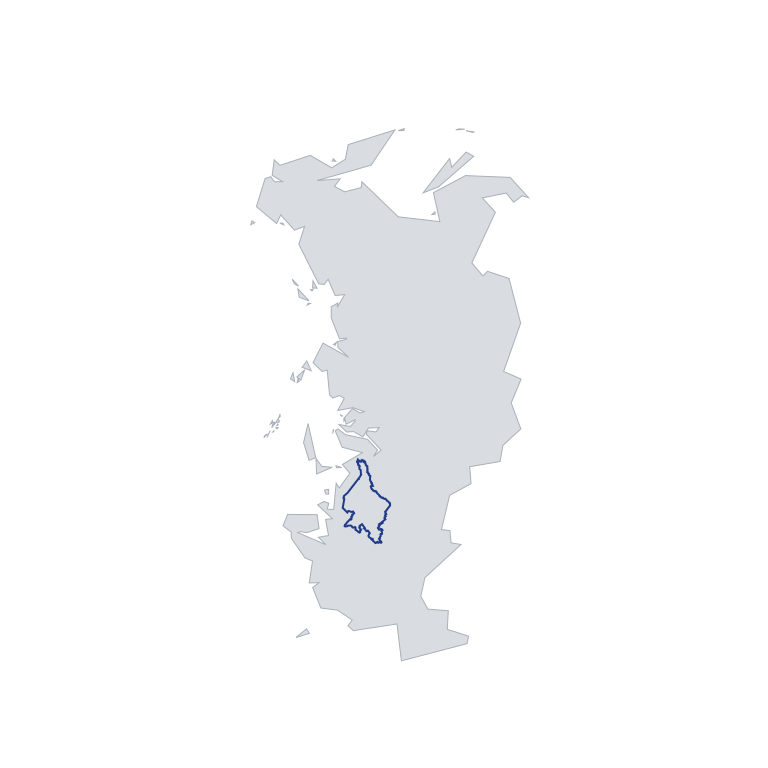 Komi highlighted on a map of Russia, rotated 307°
{"feature_id": "RUS-2383", "entity_name": "Komi", "entity_type": "Republic", "adm_level": 1, "iso_a3": "RUS", "parent_name": "Russia", "parent_adm1": "", "projection": "albers", "projection_center": [57.661, 63.82], "detail": "fine", "context": "in_parent", "style": "outline", "palette": "blue", "viewbox_px": 768, "rotation_deg": 307, "n_neighbors": 0, "source": "natural_earth", "source_scale": "10m", "svg_char_len": 9216}
<svg xmlns="http://www.w3.org/2000/svg" viewBox="0 0 768 768"><g transform="rotate(307 384 384)"><path d="M624.9,360.4L619.8,387.3L617.5,381.1L607.2,378.1L610.0,366.6L591.8,350.5L588.2,369.6L533.6,381.3L529.8,397.8L536.3,398.9L543.5,420.4L514.8,456.5L466.0,472.0L470.4,490.5L445.4,497.0L430.5,520.3L406.5,515.9L392.0,523.3L369.5,502.2L356.8,513.5L334.7,503.4L302.3,517.5L306.6,524.8L297.5,533.2L302.2,542.1L254.1,533.2L236.7,541.0L230.6,554.5L241.6,571.8L226.1,582.2L233.5,603.2L226.7,606.6L173.4,564.5L200.2,538.8L168.6,508.0L169.2,500.8L176.4,500.6L175.4,482.8L167.1,468.4L178.5,449.5L186.2,451.7L180.1,444.0L199.7,433.4L197.5,425.7L205.0,403.0L209.9,398.9L209.9,388.7L221.8,385.5L239.4,409.2L229.4,419.2L218.7,411.7L215.9,406.3L213.4,404.6L220.7,434.2L222.2,423.9L229.6,430.9L240.7,418.8L245.4,423.8L247.5,403.8L254.1,406.7L255.5,411.7L249.8,414.0L253.5,419.3L276.0,405.5L274.1,410.8L292.1,410.5L294.8,399.2L316.3,408.1L308.3,388.7L317.2,373.3L320.4,374.2L320.3,383.6L329.9,404.2L327.3,418.6L319.8,419.3L329.5,421.4L333.2,400.3L336.4,398.5L340.9,406.5L346.1,406.3L339.6,398.1L329.0,398.9L327.8,388.5L323.2,383.1L324.5,372.3L329.8,382.7L336.6,383.2L338.1,382.5L329.1,377.9L333.5,372.7L345.4,373.6L346.4,382.2L350.0,384.8L346.4,373.4L335.0,363.0L348.6,360.9L348.1,355.4L342.0,351.5L342.6,347.0L360.9,330.3L356.8,327.2L358.3,314.5L379.9,310.7L384.0,339.6L385.5,325.3L390.0,321.4L396.2,326.4L397.4,326.9L398.1,326.4L393.3,321.3L405.1,302.0L413.9,295.4L420.9,298.4L417.2,300.5L431.7,298.8L425.3,291.7L434.1,276.3L427.6,276.4L424.7,271.6L444.4,231.8L462.1,225.7L453.0,219.9L456.9,199.7L447.5,201.7L448.9,175.3L476.6,165.4L481.4,168.8L479.6,174.8L484.5,181.2L483.4,169.1L497.0,161.4L496.0,169.3L522.2,187.5L525.2,212.1L540.3,217.9L553.6,211.3L593.5,239.8L551.0,242.0L506.2,208.1L521.5,225.6L512.0,225.5L513.8,236.9L527.2,247.6L532.2,244.6L526.1,294.8L547.3,330.9L566.6,308.3L599.5,323.7L624.9,360.4ZM306.7,347.2L284.1,373.8L278.0,370.1L288.7,355.1L306.7,347.2ZM560.2,300.2L603.6,300.7L597.9,307.7L618.6,310.0L619.9,318.6L574.2,308.9L560.2,300.2ZM271.6,384.3L283.7,374.5L280.8,383.8L286.3,392.8L271.6,384.3ZM405.3,274.1L402.2,264.1L408.2,257.9L405.3,274.1ZM337.2,310.2L347.7,312.1L337.0,315.2L337.2,310.2ZM331.9,306.2L338.2,304.6L332.1,311.3L331.9,306.2ZM348.1,308.5L355.9,308.5L350.8,317.9L348.1,308.5ZM410.8,256.8L410.0,252.1L412.5,247.7L410.8,256.8ZM128.6,466.3L141.9,469.5L139.9,474.4L128.6,466.3ZM274.4,321.9L278.2,321.2L270.8,322.8L274.4,321.9ZM417.9,269.1L423.6,265.2L420.2,272.9L417.9,269.1ZM266.6,403.2L262.6,406.0L261.2,403.6L263.5,400.4L266.6,403.2ZM281.5,320.6L284.8,319.5L286.4,320.8L281.5,320.6ZM292.5,320.4L291.2,323.2L288.6,322.3L289.2,320.5L292.5,320.4ZM295.8,320.6L293.0,320.4L296.9,319.3L295.8,320.6ZM289.9,394.8L291.8,400.4L288.5,396.3L289.9,394.8ZM336.5,312.2L335.2,314.8L332.8,313.8L336.5,312.2ZM283.5,317.4L287.6,316.8L286.1,318.6L283.5,317.4ZM434.8,180.3L435.1,183.7L431.0,181.7L434.8,180.3ZM271.5,319.8L274.0,321.0L268.8,320.3L271.5,319.8ZM317.0,371.4L313.5,372.8L317.0,371.0L317.0,371.4ZM385.2,319.9L388.6,320.9L385.5,321.7L385.2,319.9ZM449.8,204.0L451.7,206.5L450.7,208.2L449.8,204.0ZM287.4,324.0L285.5,323.0L288.6,323.8L287.4,324.0ZM286.9,318.7L288.1,320.6L285.8,319.4L286.9,318.7ZM630.1,288.4L632.8,290.3L636.2,295.2L630.1,288.4ZM284.1,323.8L285.4,325.6L283.6,325.4L284.1,323.8ZM333.0,372.2L330.8,374.5L330.1,374.4L333.0,372.2ZM533.4,208.0L532.8,211.4L530.9,208.4L533.4,208.0ZM415.0,268.6L417.2,270.4L415.1,270.5L415.0,268.6ZM548.2,320.3L552.1,321.0L550.6,322.7L548.2,320.3ZM594.9,242.9L600.2,246.5L598.5,247.4L594.9,242.9ZM281.0,324.2L279.2,324.6L278.6,324.0L281.0,324.2ZM333.3,367.4L333.5,370.0L332.7,369.4L333.3,367.4ZM402.9,274.9L403.9,276.7L400.9,275.1L402.9,274.9ZM638.5,303.8L635.6,296.9L639.4,304.1L638.5,303.8Z" fill="#d9dde1" stroke="#a8b0b8" stroke-width="1"/><path d="M292.8,458.2L292.7,458.5L292.5,458.9L292.3,459.4L292.3,459.7L292.5,460.0L292.4,460.6L291.7,461.0L291.2,461.6L290.8,461.6L290.6,461.9L290.1,462.0L284.7,461.9L284.3,462.1L282.9,461.8L282.8,462.0L282.6,462.0L282.4,462.5L282.1,462.5L281.8,462.6L281.6,463.2L281.6,463.6L281.4,464.2L279.8,463.8L279.4,464.8L279.3,465.0L277.8,464.7L277.4,465.5L277.0,465.5L276.9,465.5L276.7,466.5L272.5,465.5L272.3,466.5L270.7,466.0L270.6,465.9L270.8,465.1L269.1,464.4L268.7,465.5L267.4,465.2L267.3,465.3L267.0,466.1L265.4,465.7L265.3,465.8L265.1,466.5L264.7,467.8L266.0,468.3L266.0,468.7L266.0,468.8L266.4,469.0L266.6,469.2L266.7,469.6L266.4,470.6L265.6,470.0L265.3,470.1L265.0,470.5L264.7,470.9L264.5,471.4L263.3,472.6L263.0,472.6L262.9,472.5L262.7,472.0L262.6,471.9L262.1,471.6L261.8,471.6L260.6,472.9L260.0,472.8L259.4,472.9L259.0,472.9L258.6,473.1L258.4,473.5L257.4,473.2L257.3,473.4L257.6,473.8L256.8,474.1L256.5,475.1L256.6,475.4L256.4,476.0L256.5,476.2L256.2,477.2L256.1,477.3L255.8,477.3L255.4,477.2L255.2,476.9L255.4,476.0L255.4,475.8L254.8,475.6L254.7,475.5L254.6,475.2L254.3,475.1L254.0,474.8L253.8,475.0L253.6,474.9L253.9,473.7L252.0,473.1L251.8,472.9L251.9,472.2L252.1,471.1L252.1,469.9L252.2,469.4L252.3,469.2L253.1,468.7L253.4,468.3L253.2,467.9L253.1,468.0L252.7,467.8L252.8,467.7L253.0,467.6L252.7,467.3L252.7,467.0L252.6,466.9L252.9,466.6L252.9,466.4L252.7,464.4L253.0,463.5L253.2,463.1L253.3,463.0L254.7,462.5L254.8,462.6L255.5,462.4L255.8,462.4L256.2,462.5L256.3,462.4L256.9,460.5L257.2,459.5L257.1,459.2L256.0,458.8L255.9,458.5L256.8,455.6L257.1,455.5L257.0,455.3L257.4,455.4L258.8,450.8L256.4,450.0L255.9,450.0L255.7,450.6L255.5,450.8L254.6,450.5L254.4,450.6L253.8,452.4L253.9,452.7L254.0,452.9L254.0,453.3L253.9,453.5L252.0,453.2L251.6,453.3L251.5,453.9L251.4,454.1L250.7,454.0L250.7,453.7L250.8,453.2L250.3,452.7L250.6,450.9L250.6,450.6L250.5,450.0L250.4,449.0L250.4,448.9L250.8,448.7L251.7,448.2L252.1,447.8L252.3,447.2L252.3,446.9L251.8,446.8L251.5,446.4L250.9,446.0L250.8,445.9L250.8,445.6L250.5,445.2L250.7,444.7L250.7,444.4L251.0,443.8L251.1,443.6L251.0,443.0L250.6,442.1L249.6,440.9L248.6,440.2L248.1,440.1L247.9,440.0L247.6,439.6L247.1,439.0L246.7,438.3L246.7,438.2L246.8,438.0L248.1,437.6L248.4,437.6L249.7,438.0L250.7,437.7L255.5,438.3L255.5,438.8L255.7,439.2L256.3,439.4L256.5,439.2L256.8,438.5L257.8,438.7L258.3,437.8L258.4,437.7L259.9,438.1L260.1,437.9L260.4,437.3L260.5,437.2L262.8,438.0L262.9,437.9L263.5,436.0L262.6,435.5L262.3,435.1L261.3,432.1L261.2,432.0L261.1,431.9L259.3,432.1L259.3,431.9L260.2,425.6L268.2,421.5L268.3,421.4L268.2,421.1L268.3,420.8L268.3,420.5L268.4,420.4L268.5,420.3L268.8,420.4L269.0,420.4L269.4,419.9L269.6,419.9L269.9,419.8L270.0,419.6L270.3,419.4L270.6,419.4L275.0,420.4L293.0,420.6L292.9,420.8L293.0,421.0L293.5,420.7L297.4,420.4L297.6,420.2L298.1,420.2L298.3,419.8L298.6,419.4L301.3,417.2L301.3,416.8L301.3,415.8L301.3,415.6L301.8,415.2L302.4,414.6L302.5,414.4L302.8,414.2L303.5,414.2L303.5,413.9L303.9,413.6L304.1,413.4L304.1,413.1L304.0,412.9L304.0,412.7L303.8,412.4L303.7,412.3L303.7,412.2L304.2,411.8L304.3,411.7L305.0,411.2L305.0,410.9L305.2,410.7L305.5,410.7L305.4,410.3L305.4,410.1L305.3,409.8L305.5,409.5L305.9,409.1L306.4,409.1L306.7,409.1L307.9,408.7L307.8,409.0L307.8,409.4L307.7,409.7L307.7,409.9L307.6,410.0L307.7,410.9L307.8,411.3L307.8,411.9L308.0,412.0L308.3,412.5L308.6,412.3L309.2,412.3L309.6,412.0L309.8,412.2L310.1,412.2L310.1,412.4L310.1,412.6L310.0,413.2L310.2,413.3L310.4,413.4L310.6,413.6L310.7,413.9L310.5,414.2L310.4,414.3L310.1,414.1L309.7,414.3L309.6,414.5L309.8,414.7L309.6,414.9L309.6,415.0L309.8,415.1L310.3,414.8L310.5,415.2L310.6,415.4L310.6,415.5L310.4,416.0L310.2,416.2L309.8,416.4L309.5,416.3L309.5,416.5L309.5,416.9L309.3,417.1L309.2,417.3L308.9,417.7L308.6,417.9L308.4,418.3L308.3,418.5L308.4,418.8L308.1,419.1L308.2,419.4L308.3,420.1L308.2,420.2L308.0,420.5L307.8,420.5L307.6,420.7L306.8,421.1L306.7,421.5L306.4,421.7L306.1,422.2L305.8,422.3L305.4,422.4L305.1,422.4L304.9,422.9L304.8,423.0L304.7,423.2L304.5,423.4L304.3,423.5L304.1,423.7L304.0,423.9L303.8,423.9L303.6,423.8L303.6,424.1L303.5,424.3L303.3,424.5L303.3,424.8L303.2,425.0L303.4,425.4L303.4,425.6L303.0,425.5L302.8,425.7L302.6,426.1L302.5,426.3L302.5,426.7L302.2,427.0L302.2,427.3L302.1,427.5L302.3,427.7L302.1,428.1L302.3,428.4L302.3,428.5L301.8,428.7L301.3,428.9L300.1,429.8L299.4,430.1L299.3,430.3L299.0,430.7L298.9,431.0L298.5,431.2L298.3,431.7L298.1,432.5L297.6,433.0L297.9,433.2L297.9,433.3L297.7,433.7L297.6,434.0L297.2,434.2L297.2,434.5L296.9,435.1L296.4,435.1L296.3,435.5L295.9,436.3L295.7,436.0L295.2,435.5L295.1,435.4L295.2,435.2L294.7,435.0L294.2,435.1L293.9,435.5L293.5,436.4L293.0,436.7L292.8,437.1L292.7,437.3L292.7,437.7L292.9,438.1L292.9,438.3L292.7,438.5L292.6,438.9L292.3,439.2L292.3,439.5L292.6,439.6L292.7,440.3L292.8,440.6L292.6,441.0L292.7,441.4L293.2,442.0L293.3,442.0L293.5,442.0L293.5,442.5L293.4,442.8L293.3,443.1L292.7,443.7L292.7,444.4L292.5,444.9L292.5,445.8L292.5,446.1L292.3,447.0L291.9,447.7L292.1,448.0L291.8,448.2L291.9,448.3L292.0,448.4L292.0,448.5L291.9,448.9L291.8,449.2L291.9,449.7L291.9,449.8L291.7,450.0L291.7,450.6L291.9,451.0L292.4,451.1L292.6,451.4L292.6,451.5L292.5,452.0L292.5,452.4L292.3,452.6L292.3,452.8L292.5,453.1L292.5,453.4L292.8,454.1L293.2,454.2L293.2,454.3L293.1,455.0L293.1,455.3L293.0,455.7L292.8,455.9L292.7,456.4L292.5,457.2L292.5,457.4L292.8,458.2Z" fill="none" stroke="#1e3a8a" stroke-width="2"/></g></svg>